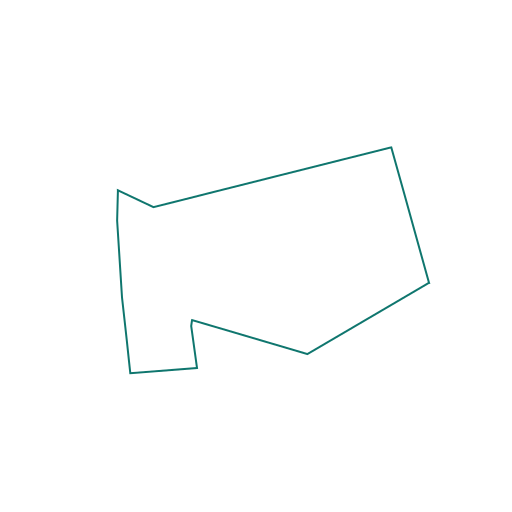 Nubariyya West, Al Buhayrah, Egypt, rotated 222°
{"feature_id": "37247803B65833428461725", "entity_name": "Nubariyya West", "entity_type": "district", "adm_level": 2, "iso_a3": "EGY", "parent_name": "Egypt", "parent_adm1": "Al Buhayrah", "projection": "orthographic", "projection_center": [29.948, 30.431], "detail": "fine", "context": "isolated", "style": "outline", "palette": "teal", "viewbox_px": 512, "rotation_deg": 222, "n_neighbors": 0, "source": "geoboundaries", "source_scale": "gbopen_adm2", "svg_char_len": 581}
<svg xmlns="http://www.w3.org/2000/svg" viewBox="0 0 512 512"><g transform="rotate(222 256 256)"><path d="M271.0,84.8L270.3,85.5L224.9,133.3L249.1,153.7L257.3,160.6L260.4,165.2L260.6,165.6L260.4,165.7L245.0,173.1L152.2,217.5L126.0,299.9L109.6,351.6L109.4,351.8L109.9,352.1L160.7,384.4L186.6,400.9L228.1,427.2L228.9,426.2L256.8,384.7L295.3,327.4L329.6,276.3L352.1,242.7L364.9,223.7L402.6,212.4L402.2,212.0L382.9,189.4L355.6,162.7L346.3,153.6L327.9,135.6L321.6,130.0L307.2,117.2L294.3,105.7L281.4,94.1L271.0,84.8L271.0,84.8Z" fill="none" stroke="#0f766e" stroke-width="2"/></g></svg>